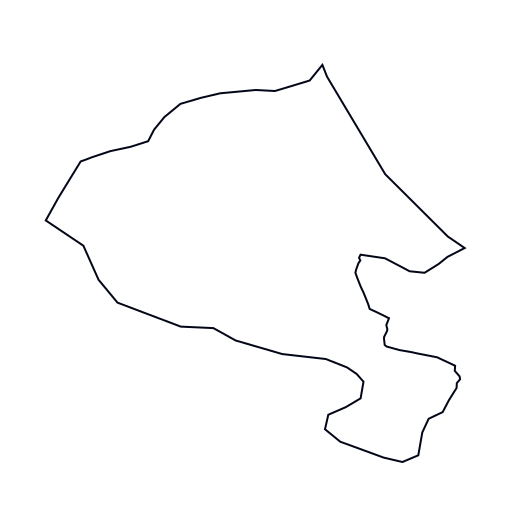 outline of Calabar South, Cross River, Nigeria, rotated 94°
{"feature_id": "59680162B50827827535662", "entity_name": "Calabar South", "entity_type": "district", "adm_level": 2, "iso_a3": "NGA", "parent_name": "Nigeria", "parent_adm1": "Cross River", "projection": "equal_earth", "projection_center": [8.325, 4.916], "detail": "fine", "context": "isolated", "style": "outline", "palette": "ink", "viewbox_px": 512, "rotation_deg": 94, "n_neighbors": 0, "source": "geoboundaries", "source_scale": "gbopen_adm2", "svg_char_len": 1133}
<svg xmlns="http://www.w3.org/2000/svg" viewBox="0 0 512 512"><g transform="rotate(94 256 256)"><path d="M351.6,49.7L344.4,68.3L342.0,87.8L341.7,90.0L341.1,93.9L339.8,106.6L337.2,119.4L335.8,121.4L329.8,122.5L327.9,122.6L321.6,120.0L319.7,119.9L315.8,121.2L308.8,119.0L303.7,131.5L300.9,138.9L296.3,140.7L291.3,143.1L284.6,146.4L279.5,149.3L274.5,151.7L270.7,153.5L265.7,155.7L262.4,155.1L256.0,153.3L253.2,151.6L250.6,153.1L247.4,151.8L249.3,127.1L260.5,101.7L261.0,86.7L251.1,73.1L243.5,64.9L233.5,48.4L223.2,66.0L165.4,132.8L72.1,197.7L60.7,203.1L77.2,214.7L90.1,248.6L90.4,267.8L96.2,303.1L102.0,321.8L109.5,342.0L123.8,357.1L137.1,366.5L149.0,371.6L155.8,388.7L161.5,408.5L169.0,426.7L172.0,433.1L173.9,437.5L211.5,457.1L235.2,468.2L257.8,428.9L290.7,411.4L312.2,390.9L331.7,326.1L330.9,293.5L341.7,270.4L352.0,222.9L353.9,179.2L360.8,157.4L366.7,147.3L373.9,140.0L390.7,141.7L400.5,155.9L409.3,172.8L424.0,175.1L435.4,159.0L448.2,114.6L451.3,95.6L443.5,80.2L420.4,77.8L406.3,72.4L398.7,58.9L386.4,53.5L373.6,46.7L368.8,46.8L364.7,43.8L361.9,44.5L356.7,49.7L351.6,49.7Z" fill="none" stroke="#020617" stroke-width="2"/></g></svg>